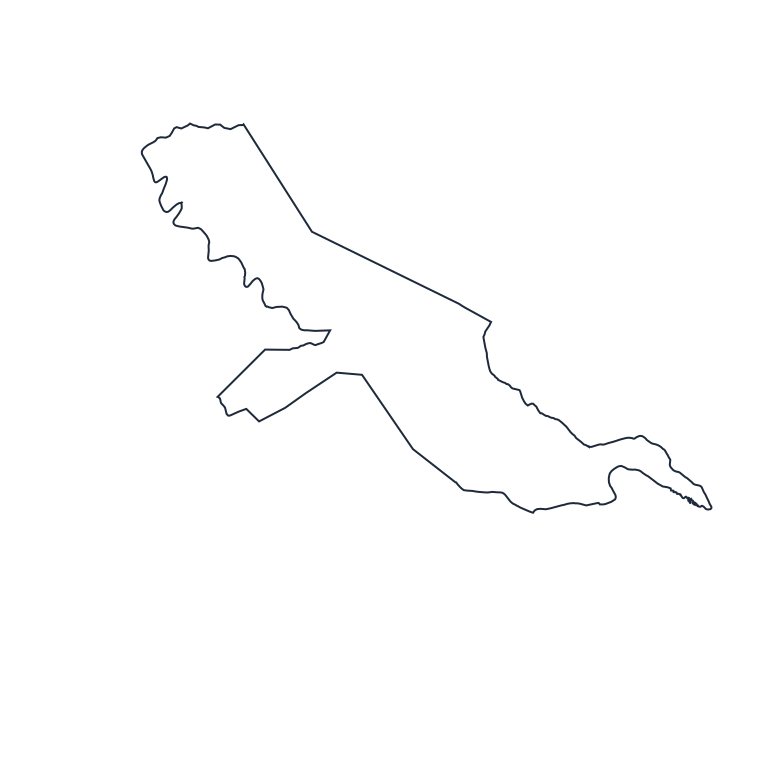 Mamiku, Praslin, Saint Lucia, rotated 38°
{"feature_id": "8701671B59649153426200", "entity_name": "Mamiku", "entity_type": "district", "adm_level": 2, "iso_a3": "LCA", "parent_name": "Saint Lucia", "parent_adm1": "Praslin", "projection": "natural_earth1", "projection_center": [-60.895, 13.866], "detail": "fine", "context": "isolated", "style": "outline", "palette": "slate", "viewbox_px": 768, "rotation_deg": 38, "n_neighbors": 0, "source": "geoboundaries", "source_scale": "gbopen_adm2", "svg_char_len": 6087}
<svg xmlns="http://www.w3.org/2000/svg" viewBox="0 0 768 768"><g transform="rotate(38 384 384)"><path d="M394.0,274.6L233.5,308.4L113.5,265.9L113.5,266.6L110.0,269.7L106.2,277.6L100.5,280.5L95.1,280.5L91.1,283.6L87.8,290.9L84.9,292.2L79.4,295.7L77.3,296.0L74.8,297.3L70.8,298.2L70.2,301.0L67.0,307.4L62.4,309.3L61.3,311.8L62.1,316.6L62.4,320.4L60.5,324.1L56.2,327.0L54.0,329.8L54.2,330.8L54.2,332.4L54.0,333.8L53.3,335.7L51.1,340.3L50.6,341.8L49.7,345.7L49.6,348.0L49.8,349.0L50.3,350.3L51.8,351.9L63.2,356.6L67.0,358.1L69.9,359.5L73.1,361.7L74.9,363.3L77.9,365.5L78.9,365.8L79.4,365.8L80.2,365.5L80.6,364.9L81.1,363.9L83.4,356.2L84.5,354.9L85.3,354.7L85.8,355.0L86.8,355.9L87.4,357.0L88.9,360.9L90.4,366.2L91.8,370.4L91.9,372.1L92.5,374.6L93.1,376.3L94.3,378.0L95.7,379.0L98.5,380.7L102.8,382.7L103.9,383.0L105.2,382.9L106.6,382.5L107.6,381.5L108.0,380.8L108.6,378.6L109.0,375.2L110.0,370.4L111.1,367.8L112.1,366.6L112.7,366.3L113.1,364.6L113.1,366.4L114.5,367.7L115.5,368.9L116.4,370.1L116.8,371.4L117.4,375.5L117.6,380.1L117.5,383.0L117.8,384.7L118.4,386.2L119.8,387.2L121.8,387.5L122.8,387.2L126.1,385.7L132.6,381.9L137.2,379.7L138.4,378.7L140.8,375.9L141.6,375.3L144.3,374.7L146.0,374.9L151.7,376.0L153.4,376.5L156.4,377.9L158.3,379.1L159.3,380.4L159.9,381.8L160.9,383.4L163.8,386.8L167.3,392.4L168.3,393.5L169.5,394.0L170.2,394.1L171.1,393.9L171.9,393.5L174.6,390.9L177.6,387.3L178.9,384.4L180.5,382.3L181.9,379.9L184.3,377.5L186.8,375.9L188.5,375.2L191.6,374.8L193.0,375.0L196.7,376.1L202.4,379.0L203.3,379.1L206.1,381.7L207.8,384.3L208.1,385.7L209.2,386.6L211.4,390.2L212.2,391.3L213.6,392.2L215.0,392.5L216.0,392.0L216.5,391.5L216.8,390.9L217.1,387.3L217.1,384.1L217.4,382.1L217.8,380.6L218.4,379.4L219.1,378.6L219.8,378.3L221.2,378.2L223.6,378.9L225.7,379.8L230.3,383.2L231.0,384.0L232.6,387.5L233.6,389.1L235.0,391.0L236.1,392.0L237.0,392.8L240.2,394.2L242.5,395.4L243.9,395.4L244.2,394.8L246.0,394.4L249.2,392.9L251.9,389.4L256.3,385.6L260.4,383.8L263.5,384.3L267.2,386.3L272.3,388.3L276.9,389.0L280.1,390.1L282.8,392.1L285.3,392.1L288.1,390.8L290.2,389.1L297.1,384.5L308.5,374.9L310.6,388.0L309.6,390.1L306.8,394.2L306.2,395.4L304.8,396.1L301.0,396.9L299.5,398.3L298.1,400.2L296.7,403.3L294.9,405.2L294.2,407.8L293.6,408.9L290.1,412.1L288.6,415.2L269.1,430.1L260.8,496.6L261.5,496.4L263.6,496.4L267.1,499.2L268.7,499.6L270.7,499.8L273.3,500.5L278.4,504.5L280.5,504.9L282.0,503.8L286.7,494.9L290.8,488.4L308.6,490.4L320.8,463.6L328.0,439.4L339.7,404.2L361.0,390.3L446.9,417.5L500.8,417.5L501.5,417.1L503.9,417.8L508.1,418.5L510.5,418.6L512.3,418.5L515.5,416.6L519.2,414.0L522.4,412.3L524.9,410.8L529.8,407.6L532.7,405.5L535.8,402.3L539.4,400.0L541.8,398.2L543.8,397.0L545.4,396.6L547.7,396.7L556.1,398.8L559.1,398.9L561.4,398.4L563.6,398.1L564.8,397.8L567.2,397.5L577.2,394.9L580.7,393.7L580.6,392.1L580.7,390.6L581.7,388.3L584.3,385.9L588.6,383.1L591.7,379.5L598.6,370.3L600.2,368.5L602.2,365.6L604.1,363.5L607.2,360.7L607.9,360.5L610.0,358.9L612.1,357.7L618.1,355.2L624.8,347.2L626.2,345.7L626.7,345.6L628.2,346.0L630.7,344.1L632.3,342.4L635.6,337.0L637.1,332.8L636.8,331.3L636.0,330.1L634.7,329.0L629.1,326.6L628.1,326.0L626.2,325.4L625.2,325.2L622.0,323.2L619.5,320.4L618.2,318.2L617.0,315.5L616.9,312.5L617.6,309.3L619.0,305.5L619.4,304.7L620.4,303.5L621.4,302.5L624.9,301.5L628.5,301.0L629.0,300.8L630.7,299.8L632.3,298.7L634.8,296.7L638.3,295.0L640.3,294.7L642.7,294.8L647.0,294.5L648.8,294.1L661.1,294.0L664.0,293.5L666.6,293.2L671.0,290.8L673.7,289.9L674.1,289.8L674.6,290.1L675.2,290.8L675.8,291.2L677.5,290.0L677.8,289.9L678.8,290.9L679.5,290.4L679.9,289.9L680.8,289.7L681.1,289.4L681.4,289.4L681.8,289.8L682.4,290.1L682.8,290.1L683.4,289.4L684.3,288.9L685.4,288.5L685.7,288.5L686.0,289.1L686.3,289.2L686.7,289.0L688.6,289.7L689.7,289.9L690.4,289.5L690.7,289.2L690.9,288.5L690.9,287.8L691.3,286.9L691.9,286.8L693.7,287.4L693.9,287.2L694.0,286.2L694.4,286.0L694.9,286.1L695.5,286.9L695.7,287.5L695.4,288.1L695.4,288.4L695.6,288.6L695.9,288.6L696.8,288.0L697.1,288.1L697.4,288.9L698.3,289.3L698.6,289.2L698.7,288.9L698.7,288.7L697.6,287.7L696.5,286.4L696.7,285.6L696.8,285.4L697.9,286.0L698.3,286.1L699.4,285.8L700.1,286.2L700.3,287.2L701.1,288.0L703.0,288.0L703.2,287.8L703.0,287.1L702.7,286.9L701.7,286.7L701.5,286.3L702.1,286.0L702.5,286.0L703.0,286.5L703.7,286.6L703.8,286.1L704.1,286.1L704.8,287.2L705.5,286.8L706.0,287.0L706.1,286.4L706.3,286.4L706.9,286.8L707.3,286.8L708.7,286.2L709.1,285.6L709.3,284.5L709.6,284.2L710.2,284.0L711.7,283.9L714.4,284.3L715.8,283.9L717.0,283.1L718.3,281.6L718.4,280.5L718.3,280.1L717.9,279.6L717.4,279.1L714.5,278.0L710.6,275.8L709.5,275.4L705.5,273.3L702.5,272.2L698.2,269.9L697.3,269.6L696.4,269.6L695.0,269.9L691.1,271.8L689.4,272.2L688.1,272.1L687.7,271.9L681.6,271.6L680.6,271.6L678.8,271.9L671.5,271.7L670.1,272.1L667.7,273.3L665.2,273.8L663.3,273.5L660.9,273.0L660.3,272.7L659.5,272.2L658.7,271.4L656.4,267.6L655.5,267.1L654.1,266.7L651.4,265.4L650.3,265.0L649.8,264.9L648.4,264.2L645.8,263.3L645.3,263.2L643.7,263.4L640.8,263.1L637.7,263.5L635.5,264.2L631.7,265.9L630.2,266.1L625.6,266.3L623.3,265.8L619.9,266.0L618.3,266.8L617.7,267.3L617.0,268.1L615.6,270.8L615.1,272.7L614.8,273.0L614.2,273.5L613.1,273.8L611.6,274.6L609.7,275.8L607.7,277.9L604.7,281.8L600.1,288.6L597.4,292.1L594.8,296.0L593.7,297.1L591.7,298.3L590.5,299.6L586.3,305.7L585.0,306.7L583.2,307.3L583.5,307.5L581.0,307.8L578.8,308.6L575.4,308.3L568.7,308.3L566.0,307.4L563.3,307.4L560.7,307.1L554.2,305.4L548.4,304.9L544.1,304.8L541.9,305.4L540.7,306.2L538.5,306.5L536.1,307.8L532.9,308.4L531.0,309.5L526.2,310.0L525.2,310.8L521.5,309.7L517.9,308.0L515.9,308.0L513.8,307.7L512.5,308.5L511.3,310.5L510.6,312.4L507.9,312.4L505.1,311.5L501.4,309.8L495.9,306.0L494.5,305.4L487.9,308.4L486.2,308.4L484.1,307.8L481.9,307.8L480.5,308.6L478.8,308.6L476.6,309.4L471.3,310.5L470.6,310.0L466.9,309.9L466.0,309.4L462.6,309.4L460.4,308.8L458.5,307.7L455.6,305.5L448.6,299.4L445.9,296.3L441.5,293.0L433.4,285.8L432.7,283.0L431.5,280.2L431.0,272.8L430.4,270.5L430.2,269.2L401.1,273.9L397.1,274.4L394.0,274.6Z" fill="none" stroke="#1e293b" stroke-width="2"/></g></svg>